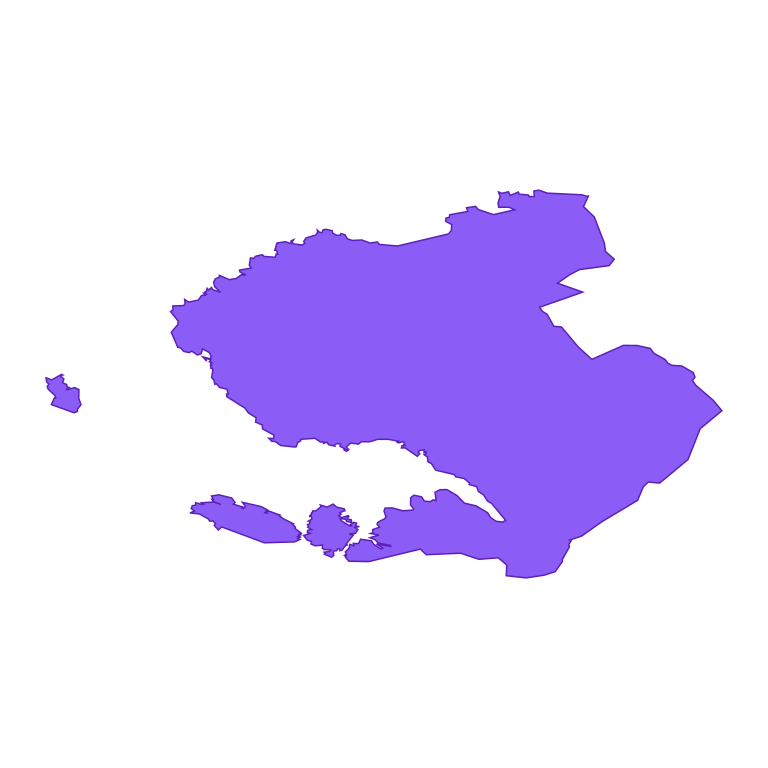 the district of Strand nor, Rogaland, Norway
{"feature_id": "86288312B48942403855190", "entity_name": "Strand nor", "entity_type": "district", "adm_level": 2, "iso_a3": "NOR", "parent_name": "Norway", "parent_adm1": "Rogaland", "projection": "natural_earth1", "projection_center": [5.968, 59.049], "detail": "fine", "context": "isolated", "style": "filled", "palette": "violet", "viewbox_px": 768, "rotation_deg": 0, "n_neighbors": 0, "source": "geoboundaries", "source_scale": "gbopen_adm2", "svg_char_len": 6104}
<svg xmlns="http://www.w3.org/2000/svg" viewBox="0 0 768 768"><path d="M721.9,410.7L713.1,400.2L695.5,385.0L692.4,380.5L695.0,377.3L693.3,372.6L681.8,366.0L671.8,365.3L667.9,363.2L665.0,359.4L653.9,353.3L650.3,348.4L636.8,345.5L623.4,345.4L591.8,359.4L577.9,346.6L561.5,327.0L553.8,326.3L547.2,314.4L542.5,311.4L539.7,307.2L582.7,292.1L557.5,283.2L569.9,274.6L579.5,269.6L609.2,265.6L614.2,259.2L605.6,251.6L604.3,243.0L594.3,217.0L583.5,206.6L588.7,195.3L587.9,196.6L582.0,194.8L547.2,193.1L538.8,190.1L533.9,191.0L534.3,196.5L529.3,196.6L528.4,195.0L519.3,194.2L518.3,192.0L510.3,195.5L508.4,191.8L501.9,193.3L498.5,192.0L500.1,196.4L498.0,203.0L498.7,207.3L508.9,207.2L514.7,209.8L493.5,214.6L478.3,209.6L475.6,206.4L466.6,207.7L467.7,211.5L449.8,214.7L449.1,217.5L445.9,218.1L445.7,221.4L451.7,224.5L451.3,230.5L448.6,233.9L397.5,246.0L379.3,244.4L377.5,242.0L370.1,243.0L361.9,240.0L352.1,240.4L347.2,238.7L345.0,234.8L341.0,233.6L340.1,235.2L336.8,235.3L332.8,233.3L332.1,230.6L325.6,229.3L323.1,229.8L322.1,232.5L319.7,232.4L317.3,230.1L317.6,232.3L315.8,235.0L306.1,238.0L303.8,241.2L304.5,243.4L302.3,245.0L293.2,243.9L292.2,241.9L293.6,239.7L291.1,240.8L290.9,243.5L285.2,241.7L276.9,243.1L274.8,250.2L276.4,250.2L277.8,254.1L276.2,254.0L275.2,257.3L264.0,256.4L262.3,254.7L255.8,256.2L253.6,258.4L250.5,257.9L249.3,265.3L251.2,268.0L239.5,270.1L239.9,271.9L245.9,275.3L241.5,274.7L236.1,278.5L229.2,279.6L219.4,275.4L219.5,276.9L215.2,279.0L213.6,282.3L214.7,286.7L220.4,292.2L212.5,289.7L211.6,287.5L208.3,290.0L207.1,288.4L206.3,291.5L204.8,292.0L206.1,293.9L203.8,293.3L205.1,295.3L201.8,295.3L198.2,300.1L188.7,302.1L184.6,299.4L185.1,303.4L183.9,305.5L172.8,306.0L173.0,309.9L170.6,311.6L178.1,321.0L178.0,324.3L171.3,332.3L177.7,347.2L180.8,348.0L183.7,351.4L189.0,352.6L191.9,351.2L197.3,355.0L201.1,353.8L202.6,348.9L209.2,352.5L210.9,355.4L210.9,359.0L202.8,356.8L206.6,361.1L205.5,358.4L210.2,359.5L210.4,361.3L208.7,361.8L210.3,361.5L211.1,362.2L210.1,362.0L211.6,364.9L210.5,365.0L210.9,368.4L212.6,368.4L212.9,370.1L211.6,377.7L213.9,379.9L214.8,384.3L216.5,383.8L219.6,387.5L226.9,389.1L228.2,394.0L226.5,394.0L226.8,396.7L244.9,408.1L248.4,412.9L256.2,417.8L255.5,422.1L262.3,425.0L262.5,428.9L274.0,435.2L273.7,438.5L268.8,438.3L271.9,441.4L275.2,441.5L280.7,445.5L294.5,447.0L296.2,446.8L297.7,442.5L300.7,440.9L300.8,439.3L314.9,438.3L320.4,442.0L323.7,441.9L323.5,443.3L326.8,442.2L328.6,444.7L331.9,445.5L334.8,446.1L334.2,445.2L337.3,443.5L340.6,444.1L340.0,446.3L345.7,449.4L344.2,450.0L346.5,451.4L348.8,449.6L346.2,447.0L350.7,443.1L358.5,444.1L361.4,441.7L369.6,441.8L377.7,439.3L388.1,439.3L395.8,440.7L397.9,442.9L397.3,441.2L398.5,440.7L398.7,442.8L402.8,441.7L404.4,442.8L403.7,445.0L405.8,445.4L401.9,445.8L401.4,448.0L405.2,447.9L417.2,456.3L419.8,453.8L418.2,451.9L419.5,450.5L424.2,449.9L424.0,452.7L426.0,451.8L426.3,453.5L424.1,454.7L427.5,457.0L427.9,461.8L431.4,463.6L435.7,470.2L454.4,474.6L455.7,476.8L464.1,478.5L469.5,483.0L469.1,484.5L476.7,486.6L478.4,491.5L483.3,494.6L487.6,501.2L491.6,503.4L505.7,520.4L502.9,521.9L503.8,522.2L495.9,521.2L490.6,517.5L487.6,512.7L476.0,505.8L464.5,503.2L456.9,495.5L446.9,489.6L440.0,489.7L435.0,492.3L436.1,500.6L433.1,499.8L430.5,501.6L424.5,501.2L421.5,496.8L413.9,495.2L410.7,497.7L410.5,504.9L413.7,508.9L413.0,510.1L402.9,510.8L392.3,507.9L385.1,508.1L384.0,511.0L385.9,516.5L384.9,518.6L377.7,522.4L377.0,524.3L379.6,527.1L372.7,529.6L372.9,532.7L370.6,533.5L378.8,535.1L369.9,537.7L375.2,539.8L378.1,543.0L390.5,545.5L390.8,546.4L376.5,544.0L382.9,548.1L380.9,549.0L373.6,544.2L371.5,540.8L360.6,539.2L358.5,543.6L353.3,543.4L354.0,545.8L349.9,544.3L349.0,548.3L345.3,551.9L346.3,554.1L344.8,555.3L346.4,555.3L345.2,556.9L348.8,561.2L368.7,561.6L420.3,549.1L426.2,554.7L460.6,553.2L478.9,559.3L498.3,557.8L506.8,565.1L506.2,575.7L526.0,577.9L544.1,575.2L555.3,571.6L562.6,561.2L562.1,559.9L569.5,546.8L568.7,544.5L571.1,541.0L569.6,540.1L581.6,536.1L602.2,521.5L637.6,500.3L643.1,487.2L648.2,482.0L659.6,483.1L688.0,459.5L700.2,428.7L721.9,410.7ZM218.8,494.8L211.5,496.0L213.4,499.5L211.8,499.4L213.8,501.8L221.0,504.5L213.6,502.0L201.5,502.8L203.5,504.1L201.3,504.4L195.6,502.7L195.7,505.1L192.3,505.7L191.2,508.5L194.5,511.1L189.9,512.9L199.5,514.0L208.6,519.1L209.6,521.2L213.1,520.9L215.5,524.1L214.3,525.5L218.4,530.0L221.6,526.9L264.4,542.8L294.6,541.9L299.9,539.5L297.7,538.6L299.9,537.4L298.0,536.7L299.6,536.3L297.9,535.4L300.0,535.7L298.5,534.7L301.6,535.0L299.1,534.4L301.3,533.2L295.1,528.5L295.4,527.0L292.4,524.2L293.4,523.8L283.6,518.9L279.1,515.6L280.0,515.1L269.5,511.3L266.9,511.3L267.2,513.2L264.8,512.7L266.9,510.3L268.5,510.5L261.3,506.6L242.4,502.3L245.4,506.5L243.2,508.6L241.6,507.8L242.6,507.0L233.4,504.2L235.0,502.5L231.8,498.0L218.8,494.8ZM327.3,507.1L320.3,505.0L321.0,506.7L315.7,511.0L312.7,510.9L313.0,511.6L311.5,513.0L311.8,513.6L309.8,515.7L309.7,516.4L311.3,516.2L311.9,519.1L308.4,521.1L310.0,521.4L309.4,524.0L307.5,524.5L308.6,526.2L307.7,527.3L311.6,529.6L307.5,530.4L307.4,532.4L310.4,533.3L303.6,535.5L307.3,540.1L311.4,541.6L310.9,544.0L315.3,545.8L322.5,545.1L322.3,548.2L324.1,549.6L330.7,549.7L329.8,551.4L324.1,552.2L325.3,553.3L324.4,554.2L331.6,557.2L333.8,555.5L333.3,551.1L336.7,550.7L337.6,548.8L339.7,549.0L339.9,550.7L342.0,550.1L346.0,545.0L347.6,545.3L346.1,544.1L353.3,535.1L350.7,534.5L349.2,533.9L355.5,533.3L357.9,529.6L355.0,527.5L359.5,526.5L355.4,526.1L356.6,523.2L353.8,522.4L350.4,524.5L351.5,525.8L349.8,526.0L341.0,520.6L340.2,518.6L345.9,519.3L346.5,521.4L351.8,522.5L351.1,519.6L348.1,519.3L347.3,517.2L348.8,516.8L348.3,515.6L341.8,517.6L338.5,515.9L341.1,514.3L339.8,512.6L345.0,510.7L344.2,508.8L336.8,507.2L333.2,504.1L327.3,507.1ZM61.7,374.3L51.7,379.9L46.1,377.8L46.6,381.9L48.9,384.1L47.2,386.6L48.3,389.3L55.0,395.5L55.7,397.9L54.4,397.9L51.4,404.6L74.2,412.8L77.5,411.4L77.4,409.3L81.0,404.7L78.8,398.5L78.9,389.6L74.7,387.6L66.7,389.8L66.9,389.2L69.0,388.0L69.0,387.7L67.5,388.0L68.8,387.4L67.1,387.0L66.6,384.5L62.6,382.7L63.9,379.0L60.0,375.5L62.8,375.0L61.7,374.3Z" fill="#8b5cf6" stroke="#5b21b6" stroke-width="1.5"/></svg>